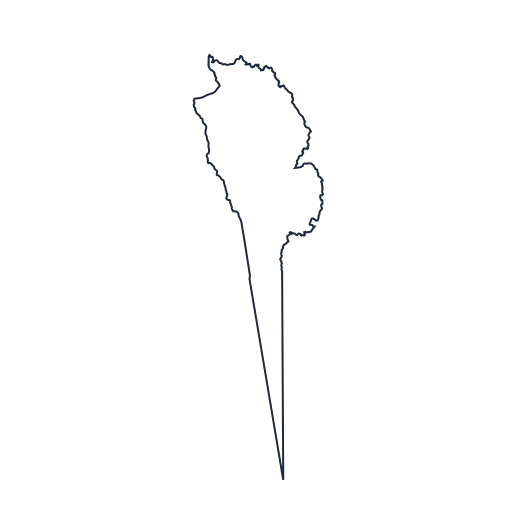 Runyenjes, Eastern, Kenya, rotated 220°
{"feature_id": "3690345B92144089270932", "entity_name": "Runyenjes", "entity_type": "district", "adm_level": 2, "iso_a3": "KEN", "parent_name": "Kenya", "parent_adm1": "Eastern", "projection": "orthographic", "projection_center": [37.591, -0.339], "detail": "fine", "context": "isolated", "style": "outline", "palette": "slate", "viewbox_px": 512, "rotation_deg": 220, "n_neighbors": 0, "source": "geoboundaries", "source_scale": "gbopen_adm2", "svg_char_len": 6165}
<svg xmlns="http://www.w3.org/2000/svg" viewBox="0 0 512 512"><g transform="rotate(220 256 256)"><path d="M328.0,399.5L329.8,401.0L330.5,400.9L331.0,401.3L332.0,403.0L333.0,403.4L334.5,403.4L335.1,402.9L336.8,402.8L339.9,403.3L342.0,403.4L342.8,403.9L343.8,404.3L344.7,404.2L345.0,403.2L345.5,402.4L346.1,402.1L345.8,401.6L345.9,400.8L346.6,400.7L347.3,401.0L348.4,401.1L349.0,401.8L349.4,402.9L349.9,403.3L350.0,404.2L350.8,404.7L352.1,404.5L352.9,404.9L353.6,404.7L356.2,405.4L357.0,405.7L357.7,406.1L358.1,406.6L358.0,407.2L358.3,407.9L358.9,408.3L359.7,408.4L360.4,408.0L361.8,408.1L362.6,408.3L363.0,409.0L364.4,409.8L365.4,410.0L366.1,409.3L366.5,408.1L367.4,407.9L368.1,408.2L368.8,407.9L370.5,408.0L370.9,406.7L371.1,405.9L370.5,405.6L370.3,404.9L370.6,404.2L369.9,403.2L370.2,402.6L371.1,402.1L371.5,401.4L372.5,401.9L373.5,402.1L374.8,401.9L375.5,402.3L376.2,402.9L377.0,404.1L377.6,403.7L377.1,403.1L377.5,402.3L378.4,402.6L379.2,402.4L379.4,401.5L379.3,399.6L380.0,399.3L380.0,398.3L380.5,397.9L382.4,398.2L383.1,398.7L384.1,399.4L385.1,398.3L385.2,397.6L386.1,396.8L387.1,396.2L387.2,397.8L388.0,398.0L389.9,397.7L392.2,397.9L393.2,398.4L394.1,399.4L395.5,399.6L396.4,399.3L396.4,398.6L395.7,398.2L395.8,397.3L395.7,395.9L396.3,395.4L397.3,394.4L397.5,393.5L396.6,389.8L396.9,388.5L398.0,387.2L398.8,386.8L399.5,385.7L399.8,385.0L400.4,384.4L401.7,383.4L402.9,383.2L403.6,382.5L404.3,381.6L407.4,381.0L408.0,380.4L409.0,380.4L410.5,380.8L411.4,380.8L412.2,380.5L412.6,380.1L413.0,379.4L413.1,378.6L413.1,377.0L413.6,376.4L414.4,376.3L414.8,378.0L415.0,378.6L416.8,380.4L417.6,380.5L418.5,379.4L419.3,379.6L420.1,380.1L420.8,380.1L420.6,379.0L420.2,377.9L419.2,377.0L418.2,375.4L417.4,374.9L415.9,372.6L415.0,372.0L414.8,371.3L414.1,370.9L413.4,370.7L412.8,370.2L411.4,369.5L409.6,369.6L408.8,370.0L406.8,369.9L405.6,369.7L405.0,368.6L404.0,368.4L403.2,368.0L402.9,367.3L400.8,366.9L400.3,365.4L399.9,364.9L399.1,364.6L396.7,364.5L396.0,364.0L395.2,364.0L393.2,363.1L393.2,358.8L392.9,355.9L393.3,354.3L394.3,352.1L395.4,350.6L397.5,346.8L398.2,344.9L399.3,342.6L401.7,339.6L403.7,337.6L404.3,336.6L403.6,335.0L403.0,334.5L401.6,333.7L401.2,333.1L401.2,332.3L400.7,331.5L399.8,330.9L399.3,330.4L397.5,330.2L396.9,329.7L396.6,329.0L396.1,328.5L395.1,328.3L393.6,327.3L392.0,327.3L391.4,327.2L390.4,327.3L389.4,327.3L387.4,326.3L386.6,326.3L385.6,326.6L384.6,326.2L382.8,324.4L381.8,323.9L380.1,324.0L378.2,323.6L377.6,323.3L376.5,322.3L374.8,318.8L373.6,317.6L372.9,317.0L370.4,315.7L367.8,313.5L365.2,312.5L362.9,309.4L360.0,307.0L358.9,305.6L358.5,304.5L358.8,302.4L358.5,301.4L357.9,300.8L357.3,300.4L355.6,299.7L352.8,296.5L352.0,296.8L351.2,297.7L350.5,297.8L349.0,297.8L345.9,297.4L345.1,297.1L343.9,296.2L340.9,296.1L340.2,295.8L339.7,295.3L338.7,293.4L338.2,292.9L337.5,293.0L336.7,293.5L335.6,293.5L333.9,293.4L332.4,292.8L331.6,292.7L329.8,292.9L328.6,292.5L327.9,292.0L327.4,291.3L326.8,291.0L325.4,289.9L323.1,288.6L322.3,287.7L321.2,287.1L320.5,286.7L320.0,286.1L317.4,284.6L316.9,284.1L316.7,282.8L316.4,282.0L315.8,281.1L315.1,280.8L314.1,280.8L313.2,281.1L312.3,281.8L311.5,281.8L310.4,280.5L308.4,279.4L307.2,278.6L306.1,278.1L305.2,276.9L304.6,276.4L302.1,275.7L300.1,277.2L299.3,277.4L298.2,277.6L296.8,277.3L296.1,276.5L295.1,275.6L294.5,275.4L292.7,274.4L290.8,273.8L288.7,272.3L276.4,261.8L247.9,237.0L246.4,234.4L91.2,102.0L226.2,261.1L227.5,261.9L228.2,262.6L228.6,263.4L229.3,264.3L230.2,264.6L230.8,265.4L231.5,267.0L232.4,267.4L233.5,268.3L234.3,268.5L235.5,269.2L235.6,270.8L236.4,272.7L237.3,273.1L238.4,274.2L238.7,274.9L238.8,275.6L239.5,276.0L239.8,276.8L240.3,277.6L240.2,278.4L240.3,279.2L240.8,280.1L241.4,280.4L241.6,281.1L241.7,282.6L241.5,283.4L241.1,284.1L240.9,284.8L240.9,286.7L240.6,287.4L240.6,288.1L242.4,288.9L244.5,290.8L244.8,291.9L244.3,292.9L244.0,294.1L244.0,295.0L244.7,295.2L245.3,295.5L245.2,296.2L243.5,297.0L242.9,296.2L242.5,297.2L241.8,297.4L241.0,298.0L239.1,298.0L238.4,298.3L237.8,298.8L238.0,299.7L237.9,300.5L236.4,301.3L235.4,301.3L235.0,300.8L234.2,301.0L234.1,301.7L233.2,302.2L232.4,302.4L232.0,303.2L233.1,304.4L233.9,304.7L234.4,305.3L233.8,306.1L233.1,305.9L232.5,306.5L232.0,307.3L231.1,308.1L229.8,309.7L229.5,310.5L229.9,311.3L230.0,316.3L231.4,315.3L232.6,315.9L233.3,315.6L234.1,314.9L235.0,314.6L235.5,315.1L237.0,319.3L237.3,320.7L235.8,321.7L234.9,321.6L233.8,321.8L233.0,321.7L231.7,322.8L232.5,325.2L233.2,326.3L233.7,326.7L234.0,327.4L234.1,328.6L234.6,329.4L235.4,330.1L235.9,332.2L235.7,333.9L236.0,334.7L236.6,335.4L237.7,335.8L238.9,337.0L239.0,337.6L238.7,338.8L239.5,339.8L241.1,341.2L242.5,340.7L242.9,341.2L243.7,341.6L245.2,343.0L245.7,343.8L245.1,344.5L244.5,344.9L244.3,345.6L244.6,346.5L245.2,346.7L245.8,347.1L247.1,348.2L248.2,350.4L249.4,351.0L249.6,351.9L250.9,352.7L251.4,353.0L251.8,353.9L253.5,354.5L254.0,355.0L254.0,355.8L253.4,356.6L255.9,357.5L256.7,357.5L257.9,357.6L258.9,357.3L259.9,357.4L260.6,357.9L260.8,358.6L261.3,359.3L262.6,359.6L263.5,360.4L264.2,361.2L265.1,361.4L265.9,360.9L267.0,361.0L268.7,361.9L270.0,362.3L273.0,362.4L273.7,362.0L275.1,360.9L275.9,360.2L276.6,359.2L277.3,358.7L277.9,358.4L278.5,357.7L278.7,356.6L278.3,355.9L278.2,355.0L278.4,354.0L279.0,352.8L279.5,352.1L280.3,351.1L282.7,348.6L282.7,349.3L283.6,351.1L283.8,353.6L284.8,354.0L285.8,355.0L285.8,356.6L286.0,357.2L286.1,358.2L286.8,359.0L287.0,360.0L286.6,360.7L286.0,361.3L286.0,362.2L285.6,363.0L286.1,365.2L287.2,365.3L287.9,365.9L287.4,366.4L287.5,367.2L288.5,368.1L288.4,369.2L287.2,369.9L286.8,370.4L286.4,371.1L285.3,371.2L285.4,372.2L286.3,372.5L286.7,373.2L286.6,373.8L286.9,374.6L287.9,375.4L288.7,375.6L290.2,376.5L290.5,377.2L290.8,380.5L291.3,381.2L292.1,381.4L293.4,382.2L293.9,383.1L293.8,384.0L294.2,384.7L294.3,385.4L294.0,386.0L294.0,386.7L296.3,387.6L298.3,387.9L299.1,387.3L300.8,386.9L301.7,387.2L302.1,387.6L302.8,387.7L303.5,388.0L304.5,389.0L304.8,390.5L306.2,390.8L306.9,391.3L307.8,391.6L308.4,392.1L309.1,392.5L310.0,392.8L313.5,392.8L315.8,393.6L317.1,394.4L319.5,395.0L322.5,395.5L323.1,396.0L323.7,396.3L326.4,396.7L327.5,397.0L327.4,397.7L327.6,398.4L328.1,398.8L328.0,399.5Z" fill="none" stroke="#1e293b" stroke-width="2"/></g></svg>